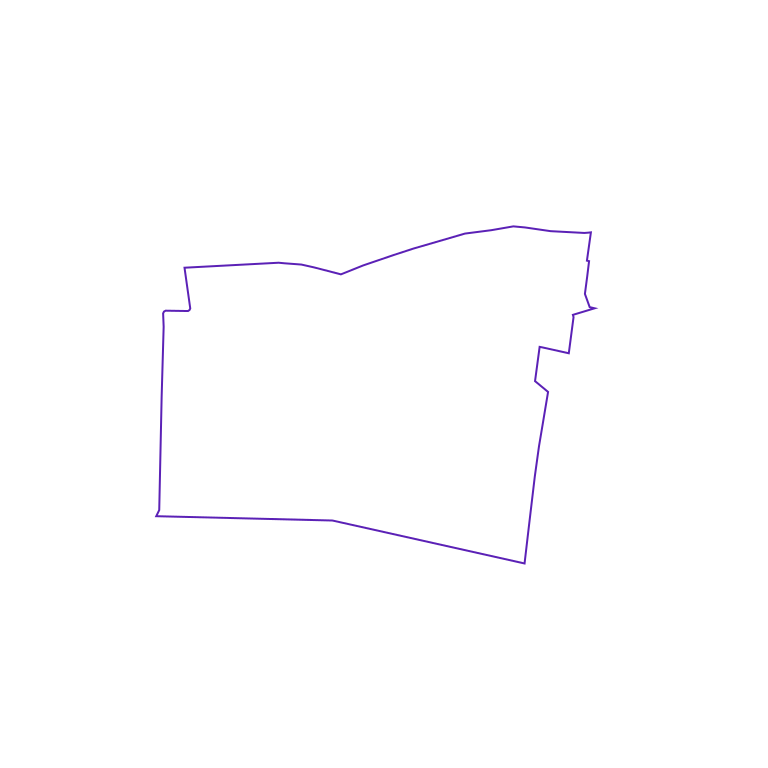 Malvinas Argentinas, Buenos Aires, Argentina, rotated 133°
{"feature_id": "61730980B61518535175442", "entity_name": "Malvinas Argentinas", "entity_type": "district", "adm_level": 2, "iso_a3": "ARG", "parent_name": "Argentina", "parent_adm1": "Buenos Aires", "projection": "equal_earth", "projection_center": [-58.734, -34.486], "detail": "fine", "context": "isolated", "style": "outline", "palette": "violet", "viewbox_px": 768, "rotation_deg": 133, "n_neighbors": 0, "source": "geoboundaries", "source_scale": "gbopen_adm2", "svg_char_len": 742}
<svg xmlns="http://www.w3.org/2000/svg" viewBox="0 0 768 768"><g transform="rotate(133 384 384)"><path d="M363.5,539.0L367.2,543.8L435.0,609.2L460.9,577.2L462.6,576.7L464.3,577.1L479.3,593.7L481.1,594.3L483.0,593.7L492.4,584.2L545.0,537.9L629.5,462.4L636.0,460.4L519.0,328.6L419.4,158.8L386.9,182.7L348.7,210.7L323.8,228.2L304.0,241.3L277.9,258.6L278.9,275.5L276.2,277.4L250.7,295.5L249.2,293.1L235.5,269.8L205.8,291.0L204.6,293.0L185.0,281.6L187.5,286.0L181.1,298.5L166.8,308.7L154.3,317.8L155.4,319.7L132.0,336.1L134.2,338.0L136.9,340.5L158.6,366.4L173.3,387.6L180.5,396.9L198.3,410.4L218.8,427.4L265.0,454.9L283.1,464.9L311.5,480.1L333.2,490.3L346.5,514.8L353.0,525.9L363.5,539.0Z" fill="none" stroke="#5b21b6" stroke-width="2"/></g></svg>